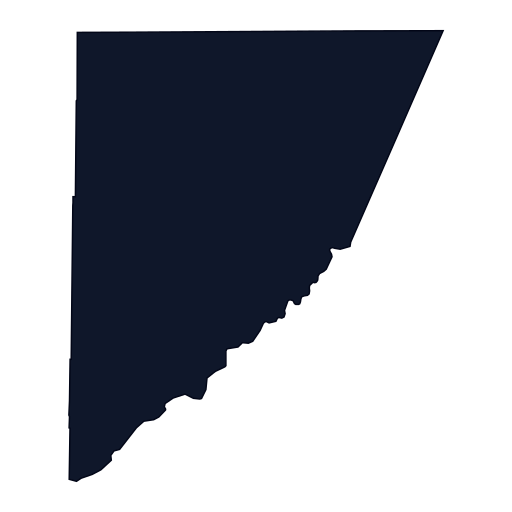 Garrett, Maryland, United States of America
{"feature_id": "52423323B87744490422478", "entity_name": "Garrett", "entity_type": "district", "adm_level": 2, "iso_a3": "USA", "parent_name": "United States of America", "parent_adm1": "Maryland", "projection": "orthographic", "projection_center": [-79.245, 39.463], "detail": "fine", "context": "isolated", "style": "filled", "palette": "ink", "viewbox_px": 512, "rotation_deg": 0, "n_neighbors": 0, "source": "geoboundaries", "source_scale": "gbopen_adm2", "svg_char_len": 1423}
<svg xmlns="http://www.w3.org/2000/svg" viewBox="0 0 512 512"><path d="M443.1,30.7L441.2,30.7L364.9,30.9L357.6,30.9L133.4,32.2L77.3,32.4L77.1,99.1L76.9,100.2L76.3,100.8L76.2,111.6L75.4,196.7L73.0,196.7L73.0,202.8L72.8,205.7L71.2,359.3L70.1,359.3L69.5,400.9L68.9,415.1L69.5,416.7L69.1,427.9L69.8,428.1L70.0,428.2L69.2,479.3L76.5,481.3L81.2,478.2L92.2,474.4L100.9,469.8L111.3,460.2L110.8,455.4L114.0,450.9L119.6,449.4L136.4,427.8L143.8,421.2L153.7,419.7L158.8,417.0L165.5,410.0L165.6,409.1L164.3,406.8L165.1,403.5L173.2,398.0L185.0,394.1L193.4,398.3L199.8,399.0L201.5,398.5L205.9,389.6L207.0,378.0L213.5,372.8L215.5,371.3L224.9,366.8L225.9,365.7L225.9,351.0L227.0,348.8L238.0,347.0L242.4,342.7L248.4,343.2L252.7,341.3L260.1,330.4L263.4,323.2L265.0,321.8L266.5,321.6L269.1,322.9L275.9,321.3L277.5,318.0L279.1,317.5L281.8,318.1L284.0,317.0L285.1,313.7L284.5,310.4L287.9,300.8L289.4,299.9L290.7,299.9L293.1,300.7L294.5,303.6L295.8,304.4L297.2,304.4L298.6,304.4L299.7,303.8L300.4,302.0L300.9,298.8L301.8,296.7L304.4,295.8L307.5,295.3L309.1,293.9L309.6,290.9L309.3,288.0L309.6,285.5L312.9,282.3L314.6,282.7L316.0,282.4L317.0,281.3L317.7,280.1L317.9,278.1L318.0,276.0L319.6,273.5L323.7,271.4L326.2,269.2L332.0,256.8L331.5,254.2L330.1,251.7L329.6,250.2L329.7,249.1L330.3,248.6L331.3,247.9L332.5,247.6L334.8,248.3L340.2,249.2L350.0,246.4L350.7,242.1L396.5,137.5L443.1,30.7Z" fill="#0f172a" stroke="#020617" stroke-width="1.5"/></svg>